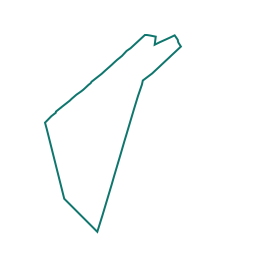 Ouadane, Adrar, Mauritania, rotated 142°
{"feature_id": "47542326B44927668035814", "entity_name": "Ouadane", "entity_type": "district", "adm_level": 2, "iso_a3": "MRT", "parent_name": "Mauritania", "parent_adm1": "Adrar", "projection": "orthographic", "projection_center": [-9.881, 22.386], "detail": "fine", "context": "isolated", "style": "outline", "palette": "teal", "viewbox_px": 256, "rotation_deg": 142, "n_neighbors": 0, "source": "geoboundaries", "source_scale": "gbopen_adm2", "svg_char_len": 764}
<svg xmlns="http://www.w3.org/2000/svg" viewBox="0 0 256 256"><g transform="rotate(142 128 128)"><path d="M34.2,172.3L39.3,173.4L50.0,176.0L55.7,177.2L49.9,182.9L53.5,187.1L55.6,189.4L57.4,190.9L76.8,189.3L81.6,189.6L88.4,188.5L88.6,188.5L94.8,188.4L98.8,188.1L102.0,187.8L110.3,187.3L115.4,186.9L118.6,186.9L121.0,186.9L128.3,186.9L129.9,186.3L132.6,186.3L139.5,185.7L142.8,185.7L148.1,186.0L154.3,185.7L157.2,185.4L163.4,185.4L166.9,185.4L174.7,185.3L175.5,184.5L181.1,184.5L190.1,183.3L192.7,177.1L221.8,111.5L216.1,65.1L201.9,74.9L175.8,93.4L168.5,98.7L151.2,111.0L138.7,120.0L134.0,123.3L111.8,139.1L100.5,147.0L90.2,153.7L87.1,156.3L75.4,156.1L36.2,159.6L35.7,164.4L34.5,167.0L34.3,170.1L34.2,172.3Z" fill="none" stroke="#0f766e" stroke-width="2"/></g></svg>